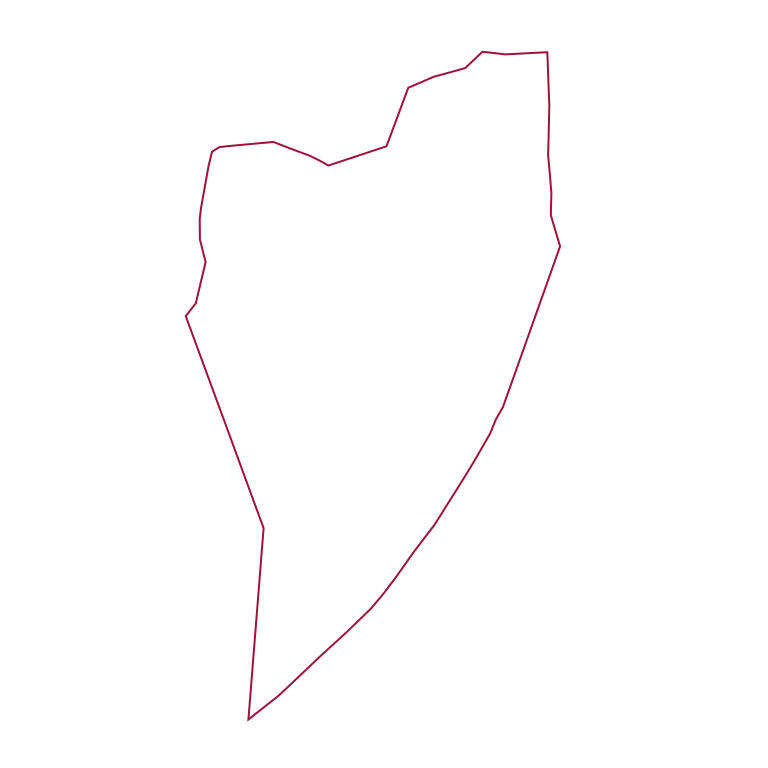 outline of Dordieb, Red Sea, Sudan, rotated 265°
{"feature_id": "16777658B19100050508345", "entity_name": "Dordieb", "entity_type": "district", "adm_level": 2, "iso_a3": "SDN", "parent_name": "Sudan", "parent_adm1": "Red Sea", "projection": "orthographic", "projection_center": [35.963, 17.512], "detail": "fine", "context": "isolated", "style": "outline", "palette": "rose", "viewbox_px": 768, "rotation_deg": 265, "n_neighbors": 0, "source": "geoboundaries", "source_scale": "gbopen_adm2", "svg_char_len": 893}
<svg xmlns="http://www.w3.org/2000/svg" viewBox="0 0 768 768"><g transform="rotate(265 384 384)"><path d="M350.5,500.4L397.2,521.8L423.0,533.6L505.8,571.4L537.6,564.9L559.8,567.4L579.5,567.5L597.7,567.4L613.8,569.3L628.3,570.9L631.9,571.3L647.0,573.0L649.8,573.1L651.6,573.2L674.6,574.3L687.8,575.0L700.3,575.6L701.8,533.6L706.4,511.0L691.7,492.5L688.2,474.1L685.8,460.5L677.0,434.0L620.6,407.2L606.5,347.6L611.3,340.7L618.0,329.7L626.4,311.9L634.8,294.8L634.6,254.8L634.4,240.8L630.5,233.0L616.7,228.3L595.7,222.6L575.1,217.0L564.5,214.8L544.2,213.2L521.0,216.9L480.9,203.6L468.9,192.4L347.9,225.3L310.3,235.4L250.9,251.5L61.6,219.7L63.1,222.0L66.4,227.0L82.6,251.7L90.3,261.5L117.5,295.7L140.0,325.0L161.3,351.3L175.9,365.9L190.9,379.4L214.3,399.2L239.3,422.0L276.7,450.4L289.1,459.7L299.8,467.5L325.4,485.4L338.9,492.3L350.5,500.4Z" fill="none" stroke="#9f1239" stroke-width="2"/></g></svg>